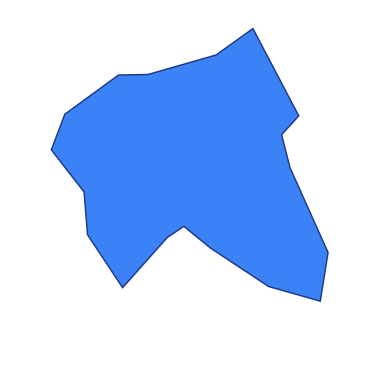 an SVG outline of Saint Paul, rotated 344°
{"feature_id": "ATG-5096", "entity_name": "Saint Paul", "entity_type": "Parish", "adm_level": 1, "iso_a3": "ATG", "parent_name": "Antigua and Barbuda", "parent_adm1": "", "projection": "equal_earth", "projection_center": [-61.766, 17.027], "detail": "fine", "context": "isolated", "style": "filled", "palette": "blue", "viewbox_px": 384, "rotation_deg": 344, "n_neighbors": 0, "source": "natural_earth", "source_scale": "10m", "svg_char_len": 389}
<svg xmlns="http://www.w3.org/2000/svg" viewBox="0 0 384 384"><g transform="rotate(344 192 192)"><path d="M315.6,148.2L293.9,161.7L292.9,195.7L306.1,287.7L285.2,332.3L239.6,304.0L194.4,251.1L174.7,222.8L155.9,228.8L98.9,264.8L79.8,204.3L88.3,162.3L68.4,112.7L91.2,82.2L153.6,59.3L182.0,66.9L253.0,66.9L295.6,51.7L315.6,148.2Z" fill="#3b82f6" stroke="#1e3a8a" stroke-width="1.5"/></g></svg>